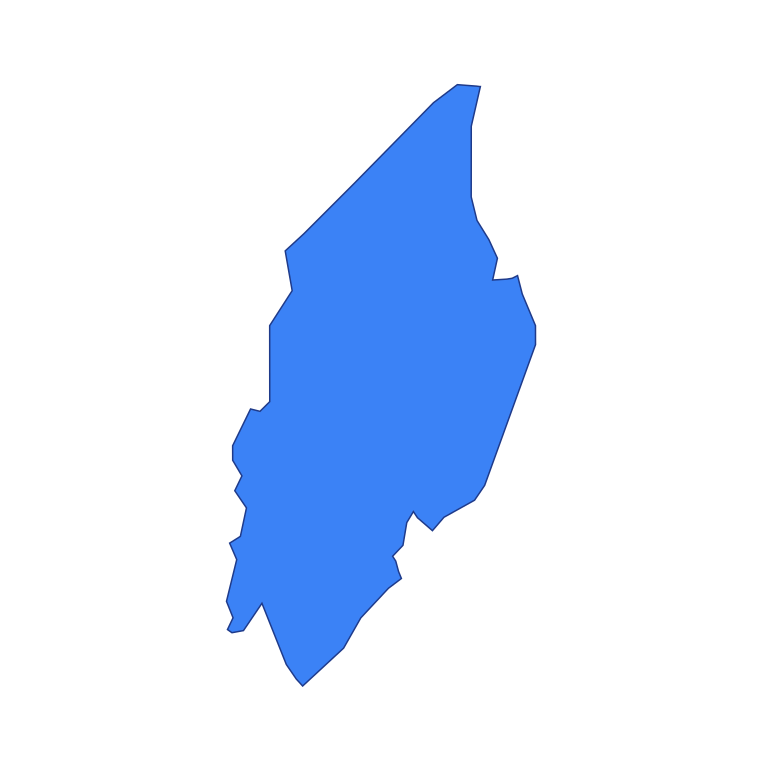 an SVG outline of East Lothian, rotated 107°
{"feature_id": "GBR-2022", "entity_name": "East Lothian", "entity_type": "Unitary District", "adm_level": 1, "iso_a3": "GBR", "parent_name": "United Kingdom", "parent_adm1": "", "projection": "equal_earth", "projection_center": [-2.666, 55.943], "detail": "fine", "context": "isolated", "style": "filled", "palette": "blue", "viewbox_px": 768, "rotation_deg": 107, "n_neighbors": 0, "source": "natural_earth", "source_scale": "10m", "svg_char_len": 874}
<svg xmlns="http://www.w3.org/2000/svg" viewBox="0 0 768 768"><g transform="rotate(107 384 384)"><path d="M71.4,378.8L112.0,375.9L179.6,355.3L200.4,342.9L215.3,325.9L230.6,312.3L252.8,310.5L247.8,297.2L245.4,292.3L241.3,288.0L257.5,278.1L283.9,256.2L302.1,250.6L451.5,258.1L468.6,263.4L493.9,287.7L510.1,294.8L502.1,312.9L497.4,318.6L509.9,321.7L532.7,318.7L546.2,325.4L549.9,321.0L559.0,315.3L564.9,310.5L578.0,320.0L614.4,337.8L648.4,345.4L696.6,373.5L692.4,380.6L691.9,381.5L680.8,395.4L629.4,436.6L660.9,446.3L666.3,456.7L664.6,461.9L651.7,460.0L637.9,471.1L595.0,473.5L581.3,485.1L571.7,476.8L542.7,479.3L529.7,495.5L513.4,493.0L501.2,506.4L487.3,510.7L446.9,504.3L446.4,494.6L434.3,488.1L361.6,510.4L321.6,499.1L285.6,517.4L264.0,504.7L201.4,471.4L100.5,418.9L76.3,401.4L72.1,382.6L71.5,379.1L71.4,378.8Z" fill="#3b82f6" stroke="#1e3a8a" stroke-width="1.5"/></g></svg>